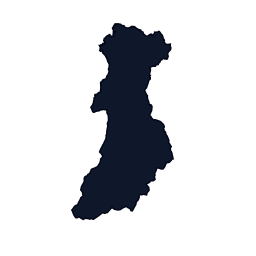 Viseu De Sus, Maramures, Romania (Equal Earth projection), rotated 108°
{"feature_id": "2599482B29272947771159", "entity_name": "Viseu De Sus", "entity_type": "district", "adm_level": 2, "iso_a3": "ROU", "parent_name": "Romania", "parent_adm1": "Maramures", "projection": "equal_earth", "projection_center": [24.481, 47.762], "detail": "fine", "context": "isolated", "style": "filled", "palette": "ink", "viewbox_px": 256, "rotation_deg": 108, "n_neighbors": 0, "source": "geoboundaries", "source_scale": "gbopen_adm2", "svg_char_len": 5695}
<svg xmlns="http://www.w3.org/2000/svg" viewBox="0 0 256 256"><g transform="rotate(108 128 128)"><path d="M63.5,177.7L62.3,176.2L62.8,175.8L63.2,175.8L64.0,175.5L64.5,175.2L65.0,173.8L65.4,173.4L65.5,172.9L66.1,172.0L69.0,169.0L70.1,168.5L70.7,167.8L71.5,167.4L71.7,166.9L71.7,166.7L72.5,166.2L73.1,165.3L73.6,165.4L74.2,165.0L74.9,165.1L75.4,164.8L76.5,164.7L78.1,164.8L78.6,164.5L78.8,164.0L79.2,163.9L79.4,163.6L80.2,163.4L80.3,163.5L82.6,163.4L84.3,163.7L85.3,164.2L86.0,164.0L88.2,164.2L89.8,166.6L90.3,166.9L91.2,166.9L92.5,167.7L93.1,167.7L93.2,168.1L98.2,166.2L101.6,165.6L102.5,165.3L102.8,165.6L103.2,166.7L106.0,168.4L106.2,169.6L106.4,169.7L107.1,169.7L108.3,168.9L110.0,169.6L111.3,169.0L113.0,169.0L115.0,168.6L115.9,168.8L117.3,168.8L118.3,169.3L120.0,169.6L120.8,168.6L122.9,167.0L123.6,166.2L123.6,165.2L121.9,163.5L121.6,162.8L121.0,162.1L120.9,161.3L119.9,160.2L119.4,160.0L118.8,158.5L118.0,157.4L117.7,155.4L117.2,153.5L118.1,153.5L118.9,153.0L119.9,152.8L120.7,152.2L122.0,150.7L124.5,149.7L127.1,148.8L129.7,149.0L130.6,148.8L132.3,147.8L136.8,147.3L140.1,146.4L142.1,146.5L143.8,145.7L144.7,145.8L145.8,145.7L148.6,146.2L150.1,146.2L152.3,146.8L155.1,147.1L156.0,147.4L159.4,147.6L160.0,147.0L160.4,145.8L160.7,145.3L161.7,144.3L162.4,143.3L162.8,143.2L164.2,143.5L164.6,143.8L165.9,144.4L168.0,144.0L170.1,144.0L174.2,145.1L176.2,147.1L178.6,150.0L179.1,150.1L180.1,150.0L182.8,150.4L183.6,150.8L184.4,151.7L186.3,152.1L186.8,153.1L187.6,153.8L188.3,154.0L189.3,154.1L191.5,153.3L192.6,153.1L194.8,153.4L195.6,153.7L198.2,154.1L201.2,153.8L201.8,153.5L201.9,153.1L202.7,151.8L203.4,151.3L205.3,150.4L205.9,149.7L206.5,149.7L208.0,150.8L209.1,151.3L211.0,151.4L214.8,152.1L215.9,152.1L216.7,152.3L217.8,153.7L219.0,154.6L222.7,155.7L223.4,156.1L224.0,155.4L226.7,153.2L227.8,152.2L229.3,150.2L229.4,149.7L229.2,148.7L227.6,147.2L228.5,144.0L228.8,142.3L227.4,141.2L226.8,139.7L226.4,137.3L226.5,136.2L225.3,134.7L225.6,132.8L221.4,129.5L216.5,126.1L216.3,123.6L215.3,122.8L214.9,121.6L209.0,119.0L208.8,117.9L209.5,115.6L209.0,112.0L207.8,109.9L206.0,108.7L203.1,105.5L203.9,102.9L203.7,102.2L204.0,101.5L205.0,100.1L205.7,99.6L205.5,98.3L197.9,96.9L196.4,97.3L195.1,97.0L193.6,96.2L192.3,96.0L190.3,96.0L188.3,96.8L187.5,95.6L187.3,94.4L186.2,92.8L185.9,89.7L183.5,89.8L180.8,88.7L178.1,89.9L175.9,93.6L173.2,90.9L171.1,90.0L170.7,89.0L170.5,87.8L168.6,86.4L166.0,87.9L164.5,87.7L162.8,88.7L161.1,88.3L159.4,88.2L157.3,88.3L156.6,86.8L156.7,83.8L156.1,82.0L153.7,81.2L149.1,80.7L148.7,80.0L148.7,79.3L148.1,79.0L147.8,78.1L145.3,76.9L144.1,76.7L143.4,75.5L142.4,76.3L141.4,76.7L139.3,78.1L138.6,78.3L137.0,79.6L136.9,80.0L136.4,80.5L135.9,80.9L135.0,81.1L134.4,81.6L134.0,81.7L133.3,81.3L132.2,81.2L131.7,82.0L130.3,83.4L129.6,84.7L127.8,85.1L126.5,85.8L123.6,88.3L122.7,89.4L122.5,90.1L121.7,90.3L120.3,91.2L119.9,91.8L119.7,92.9L118.6,93.1L117.7,94.0L116.9,94.1L116.1,93.8L115.1,94.2L113.8,95.3L111.9,99.0L111.8,100.3L111.7,103.8L111.9,105.1L112.4,106.2L111.9,107.4L111.4,108.3L110.0,109.9L109.5,110.8L108.9,111.4L107.8,111.5L106.6,111.1L105.7,111.2L104.4,110.9L100.1,111.8L99.7,112.2L99.4,114.5L99.0,114.2L99.2,114.9L96.0,116.9L95.5,117.3L95.1,118.0L93.6,118.6L92.9,119.2L91.4,119.4L90.4,120.9L86.8,124.1L84.2,122.9L77.8,122.8L76.6,123.1L75.3,122.4L74.7,122.3L74.7,122.1L73.3,122.3L73.2,122.4L73.3,122.6L72.3,123.2L71.6,123.1L71.8,123.4L70.1,124.1L68.8,124.4L66.9,124.4L65.8,124.6L64.7,125.1L64.3,125.6L64.1,126.1L63.4,125.8L61.7,123.6L61.3,122.9L61.0,121.6L60.8,121.1L58.6,120.5L58.4,120.1L58.5,119.7L58.0,119.4L58.3,119.0L58.1,118.9L57.7,119.0L56.5,118.7L55.5,118.0L53.5,118.1L52.6,116.8L51.7,116.7L51.0,116.1L51.0,114.7L50.7,114.3L50.8,114.0L50.7,112.8L50.1,111.9L48.8,112.1L47.4,111.9L45.8,113.0L44.7,113.3L43.0,113.1L40.7,111.8L39.8,111.8L38.3,112.1L38.0,112.3L37.7,112.9L37.1,113.2L35.1,113.7L35.8,114.9L36.2,115.9L36.6,116.6L36.5,118.0L36.2,118.9L35.2,119.7L35.2,120.2L34.1,120.7L33.6,120.4L33.1,120.7L32.0,122.2L30.5,123.0L29.0,124.4L28.8,124.6L29.0,125.0L27.6,126.5L26.6,128.0L26.7,128.8L27.8,129.6L28.1,130.7L28.6,131.4L28.4,132.1L28.7,132.3L29.2,132.0L29.9,132.0L30.3,132.3L30.7,132.1L31.1,132.8L32.6,133.0L32.9,133.6L32.0,134.0L31.5,134.7L31.6,135.1L32.0,135.5L32.4,136.2L32.9,136.6L33.4,136.6L34.7,138.1L35.3,139.2L34.7,139.8L33.9,142.1L32.1,143.6L32.2,144.2L31.5,145.9L31.7,146.4L31.6,146.6L31.0,146.4L31.0,147.5L31.2,147.9L30.6,150.6L30.1,152.2L29.8,152.4L29.8,153.0L29.6,153.8L30.0,154.1L30.2,154.5L30.2,155.5L30.5,155.6L30.2,155.7L30.5,156.2L31.6,157.0L32.4,158.0L33.0,159.1L33.2,160.3L33.2,162.0L32.0,163.4L32.3,165.2L32.2,165.7L32.2,166.4L31.8,166.9L32.0,167.0L32.0,167.3L31.8,168.0L32.0,168.5L31.9,168.8L32.0,170.0L32.5,170.5L32.8,172.2L33.0,172.4L33.7,171.8L34.0,171.8L34.0,172.6L34.5,173.0L35.7,173.1L37.0,173.4L36.7,172.9L36.9,172.7L37.0,172.7L37.0,172.9L37.2,173.1L38.4,173.1L38.8,172.9L38.9,172.2L40.6,171.7L40.7,171.3L40.9,171.7L41.1,171.6L41.3,171.5L40.9,170.8L41.4,171.1L41.0,170.6L41.3,170.7L41.4,170.3L41.6,170.5L41.5,171.0L42.0,171.4L43.5,171.1L43.9,170.5L44.4,170.5L44.7,170.3L44.7,170.7L44.8,170.5L44.8,170.3L45.1,170.3L45.4,170.8L45.6,170.8L46.0,171.3L45.9,171.5L45.6,171.5L46.0,172.0L45.8,173.0L45.8,173.4L46.0,173.4L45.8,173.8L44.8,174.1L45.0,174.7L45.5,174.9L45.9,174.9L46.1,175.5L46.6,176.2L47.5,176.5L47.9,177.0L48.4,177.2L49.4,177.4L50.0,178.2L52.3,178.1L52.8,177.5L52.8,176.9L53.4,177.0L53.4,176.8L54.0,176.5L54.7,176.3L55.4,176.3L55.3,177.6L55.7,177.9L55.6,178.1L56.6,178.3L57.4,177.7L57.4,178.4L57.1,178.6L57.0,179.0L57.5,179.7L58.1,179.5L58.4,180.5L58.7,180.0L59.2,180.0L59.9,179.2L60.7,178.8L61.1,178.7L61.2,179.0L61.8,178.9L62.6,178.7L63.1,178.8L63.5,177.7Z" fill="#0f172a" stroke="#020617" stroke-width="1.5"/></g></svg>